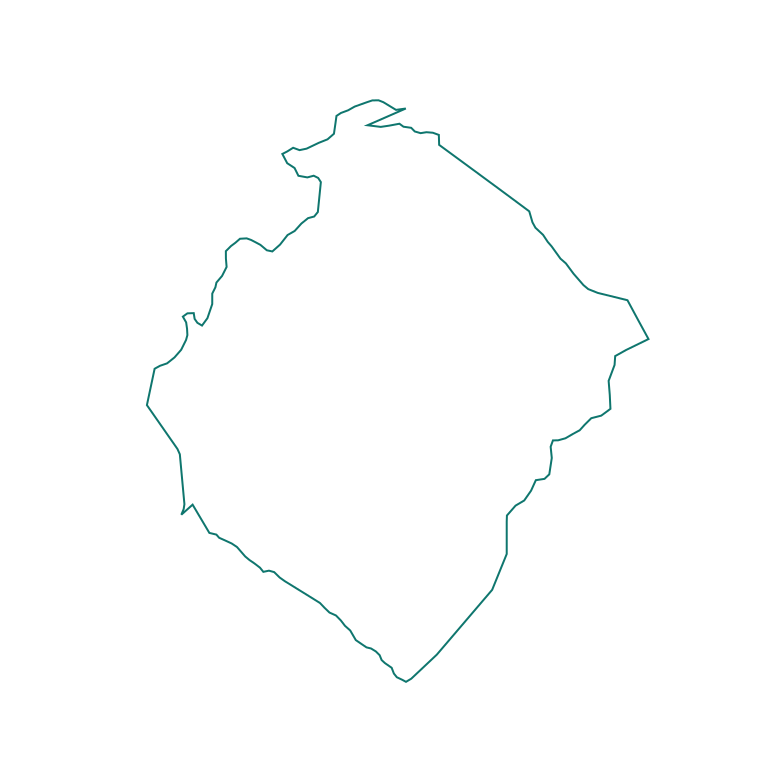 São José de Espinharas, Paraíba, Brazil (Equal Earth projection), rotated 49°
{"feature_id": "56859067B13371675739856", "entity_name": "São José de Espinharas", "entity_type": "district", "adm_level": 2, "iso_a3": "BRA", "parent_name": "Brazil", "parent_adm1": "Paraíba", "projection": "equal_earth", "projection_center": [-37.406, -6.814], "detail": "fine", "context": "isolated", "style": "outline", "palette": "teal", "viewbox_px": 768, "rotation_deg": 49, "n_neighbors": 0, "source": "geoboundaries", "source_scale": "gbopen_adm2", "svg_char_len": 2241}
<svg xmlns="http://www.w3.org/2000/svg" viewBox="0 0 768 768"><g transform="rotate(49 384 384)"><path d="M551.3,229.4L540.4,220.8L529.0,212.4L520.9,197.5L514.6,191.2L517.2,178.8L523.6,154.9L502.7,150.3L480.5,145.3L455.5,162.9L446.4,167.6L440.2,168.6L432.7,168.6L425.1,168.6L412.3,167.6L405.2,168.6L390.0,167.2L384.2,167.2L375.8,166.1L365.4,167.2L359.4,165.9L349.0,161.1L321.2,167.2L293.9,173.3L280.5,176.3L239.7,185.5L232.0,179.2L226.4,182.3L221.8,186.8L218.7,191.8L213.6,195.1L208.5,195.4L202.6,200.5L197.7,201.6L192.3,210.8L187.8,217.8L182.9,222.2L177.9,226.7L190.4,186.8L185.0,195.1L170.9,199.6L166.3,202.0L162.3,206.8L160.1,212.1L155.4,224.1L153.9,231.5L151.2,238.7L150.5,244.0L155.4,249.6L162.3,257.6L162.3,266.1L159.2,275.0L155.6,288.0L152.1,294.3L146.1,297.6L145.0,304.5L143.7,309.8L153.9,312.2L162.3,309.8L170.7,312.0L177.8,306.3L180.7,300.4L185.3,298.5L190.2,299.2L210.8,321.1L211.8,326.8L209.0,332.5L208.7,341.1L209.9,351.0L208.3,359.0L210.6,371.0L210.7,381.3L206.2,384.7L197.9,386.0L192.9,387.9L188.1,389.8L184.0,392.1L179.9,397.4L179.9,403.5L179.5,409.0L180.0,416.2L185.6,421.0L192.4,426.0L196.2,435.3L197.5,443.9L200.4,447.8L203.1,454.3L211.0,461.2L218.5,474.1L220.5,483.0L215.4,484.7L210.6,484.2L205.7,481.1L201.7,486.0L201.2,491.6L207.7,492.9L213.1,496.4L218.1,500.3L220.9,504.5L225.1,514.6L226.5,524.7L226.1,534.2L223.3,541.1L222.0,547.1L244.4,576.8L297.5,582.5L303.1,584.2L310.6,589.6L343.8,613.5L347.0,617.3L349.7,622.7L349.5,607.6L381.8,613.5L387.7,609.3L391.9,609.3L397.5,606.7L404.4,603.6L410.6,601.9L415.7,601.9L423.1,601.9L428.7,601.0L434.4,599.5L441.3,598.1L446.6,598.3L449.4,593.3L453.9,590.3L461.6,589.7L467.8,588.2L500.4,578.1L507.3,576.0L513.9,575.7L520.7,575.1L527.2,572.1L534.2,571.7L540.9,572.1L547.9,571.2L554.1,572.4L558.8,573.3L565.7,571.5L571.3,570.0L575.1,567.3L580.5,565.6L585.8,565.2L590.8,566.9L595.3,566.4L603.2,564.4L609.0,566.5L613.7,566.7L619.2,564.3L623.2,562.8L624.3,556.8L622.9,521.7L610.3,437.4L592.8,402.9L568.3,381.6L563.9,377.5L562.1,364.5L563.9,354.6L561.0,343.0L556.2,332.5L560.9,325.1L560.6,318.5L549.9,305.9L540.7,299.4L537.4,293.5L540.7,289.6L544.0,282.7L545.6,274.3L547.3,266.6L546.4,259.2L545.8,250.0L550.4,240.8L551.3,229.4Z" fill="none" stroke="#0f766e" stroke-width="2"/></g></svg>